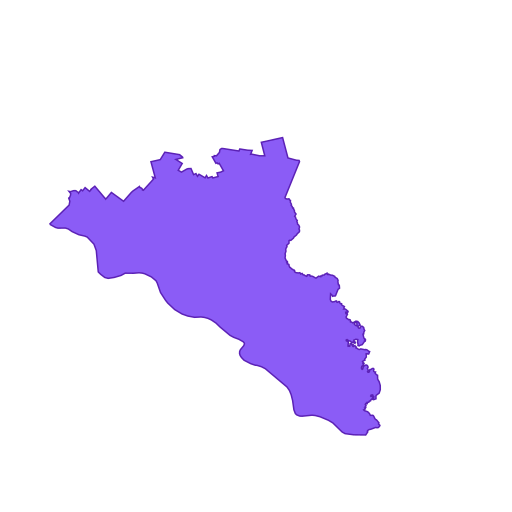 Diamante, Entre Ríos, Argentina (Natural Earth projection), rotated 301°
{"feature_id": "61730980B26239176559323", "entity_name": "Diamante", "entity_type": "district", "adm_level": 2, "iso_a3": "ARG", "parent_name": "Argentina", "parent_adm1": "Entre Ríos", "projection": "natural_earth1", "projection_center": [-60.458, -32.245], "detail": "fine", "context": "isolated", "style": "filled", "palette": "violet", "viewbox_px": 512, "rotation_deg": 301, "n_neighbors": 0, "source": "geoboundaries", "source_scale": "gbopen_adm2", "svg_char_len": 6136}
<svg xmlns="http://www.w3.org/2000/svg" viewBox="0 0 512 512"><g transform="rotate(301 256 256)"><path d="M328.7,170.3L326.0,171.3L321.5,170.5L320.6,168.6L320.0,168.9L318.5,167.4L314.8,173.9L315.8,174.6L315.4,176.1L316.5,176.7L312.3,184.2L309.7,182.5L307.2,179.8L304.6,182.6L300.7,178.8L301.4,177.4L298.1,174.6L299.5,172.1L296.8,172.1L296.7,165.0L294.2,164.8L295.7,162.1L293.6,160.6L297.5,155.2L295.9,152.8L294.9,151.9L289.5,148.9L289.4,145.2L297.3,145.1L297.5,137.6L302.5,142.6L303.0,142.0L303.0,141.0L303.3,140.6L303.1,139.7L303.6,138.5L298.0,124.4L289.3,124.3L282.7,117.4L271.1,129.4L270.3,126.7L269.1,128.5L254.3,125.6L254.1,124.7L254.7,124.4L255.2,122.9L254.9,121.1L255.6,120.3L248.3,117.0L246.3,116.4L234.7,114.3L236.0,99.3L228.2,98.1L227.9,97.6L227.4,97.7L232.8,81.9L228.2,80.2L228.1,80.5L225.7,80.1L226.6,74.3L222.6,73.8L222.8,71.9L218.5,71.5L219.0,70.9L218.9,69.7L219.2,68.6L219.0,67.5L218.0,65.9L215.6,63.9L215.1,62.4L214.1,65.0L212.6,65.7L209.5,66.2L209.4,65.7L209.1,65.7L207.1,68.2L203.4,69.6L177.5,62.8L177.0,63.6L177.2,69.4L177.9,71.9L181.8,78.2L182.5,81.2L182.2,85.9L183.0,93.2L184.9,99.0L185.3,101.6L182.7,111.0L178.4,116.3L161.1,129.0L160.3,132.3L159.7,137.4L160.7,140.8L164.6,145.5L169.8,150.3L173.9,152.7L178.1,159.8L181.4,164.4L182.8,167.4L183.5,169.9L184.2,177.1L183.3,183.0L182.0,185.2L175.5,193.0L171.4,201.4L170.2,204.6L168.2,213.9L168.2,222.5L169.4,228.4L171.8,234.9L175.4,240.2L176.8,243.4L177.8,246.9L178.2,250.7L177.9,256.2L176.6,261.8L174.6,274.6L174.8,278.7L175.8,284.2L175.9,289.3L175.5,290.5L174.8,291.3L172.9,291.7L167.8,290.9L165.9,291.1L164.0,292.1L162.6,293.6L161.5,295.8L160.5,299.4L161.0,307.0L162.0,311.6L162.8,313.2L163.9,317.7L164.2,322.0L159.7,350.0L157.9,354.0L155.2,357.6L151.0,361.8L143.7,367.7L141.2,370.9L140.8,372.7L141.3,375.9L142.5,378.1L148.4,386.0L149.8,389.0L151.2,393.7L152.5,402.7L152.5,407.8L149.5,420.5L149.6,423.8L153.1,431.9L159.1,442.2L162.8,442.4L163.2,441.6L163.9,441.6L165.4,442.3L166.6,443.6L170.6,446.8L171.2,448.3L172.1,449.3L174.3,449.6L174.7,449.4L175.1,447.5L176.3,447.3L177.6,443.7L177.5,442.7L178.0,441.2L178.5,440.8L179.6,438.8L179.6,438.1L178.3,436.1L179.4,434.4L179.9,432.5L180.0,431.8L179.3,428.6L179.6,427.5L181.2,428.4L181.7,427.4L182.6,428.1L183.1,427.2L184.3,427.5L184.9,426.2L186.0,426.0L186.3,427.2L186.8,427.4L187.6,426.5L188.8,428.0L190.0,427.9L190.8,428.8L191.9,428.6L193.9,429.2L195.1,429.0L195.7,428.5L194.8,426.8L195.0,426.4L196.1,426.3L197.0,427.5L196.6,427.8L196.0,429.6L193.2,430.0L193.4,430.8L195.4,432.4L197.8,430.9L198.6,430.8L201.8,432.2L205.4,431.4L209.0,429.2L211.7,426.3L213.1,423.7L216.4,421.6L216.3,420.4L216.9,418.5L218.1,418.2L217.7,417.5L217.7,416.4L218.3,415.8L219.7,415.4L220.1,414.7L219.5,413.6L218.1,413.1L217.3,412.1L215.2,412.8L214.4,412.5L214.0,411.9L214.4,411.1L215.8,411.2L217.1,409.3L218.3,409.4L218.8,409.0L219.5,407.8L219.3,406.4L216.8,404.9L214.1,405.7L213.5,405.4L213.6,404.8L214.3,404.0L215.9,403.5L218.0,404.4L218.7,403.1L219.1,403.3L219.1,403.9L219.5,404.0L219.9,403.2L219.8,402.6L220.5,401.6L222.9,403.0L223.2,402.4L223.7,402.3L226.2,402.6L228.9,400.8L229.7,402.0L229.6,402.6L230.2,403.1L232.6,402.6L232.4,401.9L232.7,399.5L232.4,398.2L231.9,398.0L230.3,393.6L229.1,392.8L228.8,392.0L228.9,390.0L228.7,389.0L229.6,388.8L230.1,386.9L228.6,386.1L228.4,385.6L230.1,384.9L229.2,384.0L230.2,382.8L229.3,381.9L227.0,382.8L226.6,382.5L226.4,381.5L225.6,381.1L227.1,381.1L227.8,380.3L228.6,380.2L229.9,379.3L229.9,377.0L230.6,376.6L231.3,377.1L231.1,379.2L231.6,380.7L231.2,382.2L231.4,383.2L232.2,383.4L232.1,385.8L233.2,385.7L233.5,383.9L234.2,383.2L236.1,384.5L236.8,386.3L235.1,387.1L233.7,388.0L233.2,388.8L231.8,389.5L232.1,390.8L233.0,391.1L234.7,392.7L238.6,393.0L239.3,393.5L240.4,393.1L240.1,392.3L241.0,392.3L241.2,390.8L243.9,388.1L244.5,388.0L244.7,388.4L246.5,387.6L248.1,387.6L248.8,386.4L250.2,385.1L250.5,383.4L250.2,382.7L249.4,382.2L247.5,382.2L247.1,380.9L248.1,379.5L250.4,380.9L251.8,378.8L252.3,376.8L251.6,376.1L248.6,378.3L247.9,378.0L247.8,377.0L248.2,375.4L248.8,375.2L251.1,375.7L251.6,375.2L248.5,373.4L248.6,371.8L248.2,371.4L248.2,370.8L249.1,370.4L249.8,369.5L249.5,368.5L249.1,368.2L249.4,366.3L249.1,365.8L250.1,364.6L253.1,364.4L253.2,363.5L252.9,362.7L254.0,361.8L254.5,362.3L254.4,363.3L254.7,363.1L255.4,363.7L256.0,363.4L256.5,360.4L256.4,359.6L255.8,358.6L256.5,358.7L257.0,357.9L258.2,357.8L258.1,355.3L258.4,354.4L259.2,353.9L258.7,352.8L259.0,352.0L259.9,351.1L259.7,350.5L258.3,349.8L258.1,349.0L258.9,348.3L258.8,347.8L257.2,346.7L255.9,345.1L256.0,343.3L257.1,342.0L262.0,339.4L261.6,341.3L260.9,342.4L261.8,343.2L262.4,344.4L263.0,344.6L269.6,343.5L271.4,344.2L273.9,342.4L273.8,341.5L275.1,340.3L276.5,339.2L277.4,338.9L278.5,337.2L278.5,334.8L279.1,334.0L278.9,331.5L278.1,329.8L277.8,327.4L277.1,327.3L277.2,326.5L277.9,325.7L276.5,325.0L276.2,324.5L274.9,324.3L273.7,322.7L273.1,322.9L272.2,321.8L271.6,322.1L271.0,320.1L268.1,318.9L267.8,318.4L267.8,315.7L267.5,314.1L266.7,313.0L266.8,312.3L267.4,312.1L267.4,311.5L266.4,309.8L265.3,310.1L264.6,309.7L264.8,309.3L264.4,308.5L264.6,307.0L264.1,306.2L264.8,304.5L263.6,303.6L264.3,302.2L263.3,301.1L262.3,298.8L262.4,297.1L263.3,296.7L263.6,296.0L263.2,295.2L263.5,294.3L263.3,293.4L263.8,291.4L263.6,290.8L265.0,289.0L265.7,288.6L265.4,286.7L266.3,286.7L266.5,285.7L266.9,285.9L267.5,285.7L267.4,284.6L269.3,281.9L271.6,280.9L272.9,279.8L275.5,279.2L277.1,278.0L278.6,277.7L279.9,277.8L280.9,276.8L283.9,277.7L286.2,276.4L286.8,276.7L287.3,277.8L290.6,278.9L291.8,278.8L294.9,279.9L296.3,279.9L299.0,280.7L299.7,280.5L300.7,279.9L301.3,278.9L302.8,278.6L303.6,278.1L304.5,276.6L304.7,275.2L305.7,274.5L306.7,273.2L307.7,273.1L308.4,271.1L309.7,269.8L309.9,268.7L312.6,268.7L313.5,266.4L315.0,265.3L315.2,264.5L316.4,263.4L316.0,262.8L317.2,261.3L317.4,260.2L318.6,259.7L319.8,257.7L321.4,256.9L321.3,255.9L322.0,254.8L320.8,253.3L320.4,251.6L321.1,250.7L359.3,244.7L360.1,243.7L358.9,241.3L356.5,232.9L371.2,217.8L356.2,202.0L346.4,211.9L343.8,207.6L341.1,199.9L340.4,199.0L344.5,198.3L342.4,194.4L339.4,187.0L337.2,187.3L331.1,172.3L330.4,171.1L328.7,170.3Z" fill="#8b5cf6" stroke="#5b21b6" stroke-width="1.5"/></g></svg>